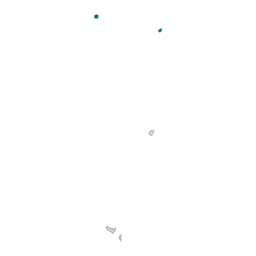 location of Niuas within Tonga
{"feature_id": "TON-4947", "entity_name": "Niuas", "entity_type": "state/province", "adm_level": 1, "iso_a3": "TON", "parent_name": "Tonga", "parent_adm1": "", "projection": "robinson", "projection_center": [-174.598, -15.768], "detail": "fine", "context": "in_parent", "style": "outline", "palette": "green", "viewbox_px": 256, "rotation_deg": 0, "n_neighbors": 0, "source": "natural_earth", "source_scale": "10m", "svg_char_len": 776}
<svg xmlns="http://www.w3.org/2000/svg" viewBox="0 0 256 256"><path d="M112.8,229.9L113.2,229.9L113.8,228.8L115.5,228.3L115.3,229.6L113.0,233.5L111.4,232.0L107.0,229.4L106.1,227.5L107.6,226.0L107.4,227.2L108.2,227.7L110.7,228.0L112.9,229.0L111.5,229.4L112.8,229.9ZM152.9,133.1L151.6,135.4L151.0,135.4L149.6,134.1L149.0,133.2L151.2,130.5L152.4,130.3L153.9,131.2L153.9,132.0L152.9,133.1ZM121.0,234.9L120.8,240.6L119.2,238.0L119.0,236.8L120.7,235.0L121.0,234.9Z" fill="#d9dde1" stroke="#a8b0b8" stroke-width="1"/><path d="M96.9,15.4L97.5,15.9L97.4,17.0L96.7,17.8L95.7,17.7L95.1,17.0L95.2,16.2L95.8,15.6L96.9,15.4ZM160.3,29.9L160.8,29.6L160.9,30.1L160.5,30.8L160.0,31.3L159.5,31.3L159.2,30.9L159.3,30.6L159.6,30.3L160.3,29.9Z" fill="none" stroke="#15803d" stroke-width="2"/></svg>